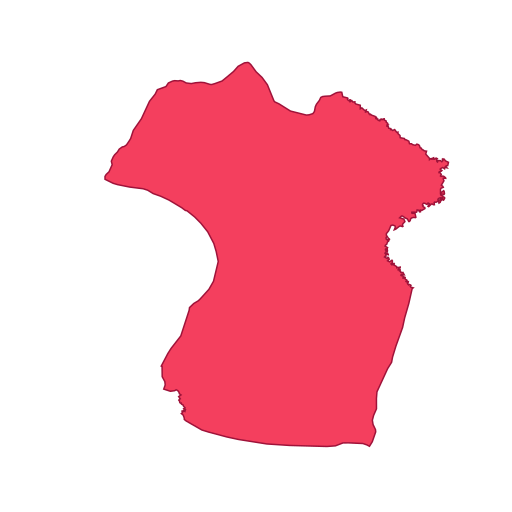 outline of Stueng Trang, Kâmpóng Cham, Cambodia, rotated 108°
{"feature_id": "14789045B55361225706218", "entity_name": "Stueng Trang", "entity_type": "district", "adm_level": 2, "iso_a3": "KHM", "parent_name": "Cambodia", "parent_adm1": "Kâmpóng Cham", "projection": "robinson", "projection_center": [105.52, 12.333], "detail": "fine", "context": "isolated", "style": "filled", "palette": "rose", "viewbox_px": 512, "rotation_deg": 108, "n_neighbors": 0, "source": "geoboundaries", "source_scale": "gbopen_adm2", "svg_char_len": 6021}
<svg xmlns="http://www.w3.org/2000/svg" viewBox="0 0 512 512"><g transform="rotate(108 256 256)"><path d="M128.3,401.2L133.2,401.9L141.8,405.1L160.9,407.4L174.5,411.5L183.0,411.5L185.9,412.2L190.4,413.5L192.6,415.2L193.6,416.9L196.6,419.1L199.9,419.9L203.4,421.7L205.8,422.4L210.5,422.9L213.6,421.0L221.3,421.8L224.8,423.7L227.0,424.2L229.7,423.3L231.0,414.4L230.9,409.8L229.5,397.6L226.9,384.1L226.9,379.3L228.4,373.1L228.6,365.1L229.7,356.0L233.0,341.6L234.5,337.3L234.3,335.6L237.8,326.4L241.9,318.5L247.9,309.4L257.1,300.0L264.1,295.2L272.9,290.2L293.2,288.6L302.3,290.5L314.3,295.9L316.5,297.1L320.4,300.5L325.6,303.3L328.2,302.8L355.2,302.8L370.1,308.2L376.0,309.7L390.0,312.1L390.1,311.2L399.8,307.9L403.6,303.9L406.7,302.5L411.1,302.6L411.1,295.6L409.2,291.7L407.9,290.6L408.2,288.8L409.4,287.1L410.7,286.3L411.3,284.4L413.6,286.1L415.2,283.9L416.1,284.7L417.0,284.8L417.1,284.3L419.0,283.1L419.3,282.2L419.0,281.5L419.9,281.1L420.3,279.1L421.0,278.8L422.3,276.6L423.4,277.5L423.8,275.6L425.4,275.6L424.8,276.3L424.9,277.1L425.5,277.5L426.0,276.6L426.5,278.4L427.7,277.5L428.9,278.3L429.8,276.1L432.2,274.2L433.6,273.7L434.5,271.4L438.2,253.8L438.1,246.5L437.1,227.8L435.9,216.0L431.4,187.6L425.8,165.6L415.2,129.6L412.0,121.8L406.9,115.5L405.1,110.2L401.3,96.4L401.4,92.0L401.9,89.3L396.7,88.0L386.3,87.8L384.2,88.7L380.1,92.6L376.2,94.6L371.2,94.9L364.1,94.2L354.4,97.4L347.8,99.0L322.4,96.0L315.2,94.2L309.8,94.9L298.3,95.1L278.7,94.5L269.0,95.5L254.0,96.0L238.8,97.4L237.7,96.7L237.8,99.2L237.3,99.8L236.1,99.5L235.8,99.9L235.7,101.7L236.3,101.9L235.9,102.9L235.2,103.5L234.4,103.1L233.3,103.2L234.1,105.0L233.8,105.5L232.6,104.8L232.2,105.2L232.0,106.6L231.4,107.4L230.4,107.4L230.1,108.0L231.4,108.6L231.5,109.4L230.1,109.5L229.4,110.5L229.8,111.6L229.7,112.1L229.0,112.2L228.5,111.3L228.1,109.2L226.2,111.2L226.9,112.3L226.7,113.4L226.0,113.6L225.9,114.9L225.4,115.1L225.1,114.5L224.5,114.7L224.6,115.7L225.2,116.0L225.2,116.6L223.3,116.2L222.7,115.2L222.0,115.4L223.7,118.5L222.6,118.9L221.9,122.4L220.8,122.0L220.4,122.4L220.8,123.3L222.4,124.0L221.8,125.2L221.3,125.1L220.9,124.2L218.5,124.7L218.0,125.4L220.3,127.2L219.9,129.4L217.9,128.3L216.8,129.3L216.4,130.1L217.8,130.5L217.2,133.5L216.4,133.2L215.9,132.3L214.8,132.8L214.3,132.6L214.0,132.3L213.9,130.6L213.4,130.8L212.9,132.3L213.0,132.9L213.8,133.7L213.5,134.2L211.3,133.6L211.3,132.5L210.1,133.1L210.4,134.6L209.6,135.0L209.0,134.7L209.5,133.0L208.3,133.6L207.4,133.4L206.7,136.3L205.6,136.2L204.5,135.3L202.0,135.3L201.1,134.6L200.4,135.6L199.9,135.6L199.5,134.2L198.8,134.2L198.5,134.8L198.8,135.5L200.0,136.7L199.6,137.5L198.0,138.0L197.4,137.6L197.4,136.6L195.9,138.5L194.4,138.9L191.0,137.6L185.3,137.1L184.3,135.5L184.4,133.2L185.4,132.4L188.3,132.6L187.3,131.4L183.4,128.8L182.8,127.8L182.8,125.8L182.4,125.4L181.2,126.3L180.0,126.3L177.3,125.0L175.2,126.8L175.3,131.2L173.2,130.1L172.8,129.5L172.8,128.7L173.7,125.9L173.9,123.6L176.0,121.3L175.8,120.8L174.7,120.3L172.8,120.4L171.8,119.8L170.6,118.1L170.2,116.1L169.8,115.9L166.2,118.0L167.2,120.7L166.9,121.2L166.1,121.3L164.8,117.0L164.3,116.7L162.4,117.0L162.1,114.7L163.2,114.6L163.5,113.7L163.0,113.2L162.0,113.9L161.5,113.7L161.3,112.3L158.7,110.0L157.7,110.5L157.6,112.0L157.0,112.7L156.5,112.6L156.0,113.5L154.4,113.3L153.9,112.8L153.7,111.6L154.1,109.7L153.9,109.2L152.4,108.7L152.7,107.2L155.6,107.8L155.7,107.0L152.5,105.3L152.1,104.6L152.4,103.2L152.1,102.2L150.0,103.1L149.4,102.6L149.3,101.4L147.7,99.9L148.1,98.9L149.1,98.3L148.0,97.4L147.1,97.5L144.9,96.6L144.5,97.0L144.7,97.8L146.6,99.2L146.3,100.4L145.0,100.3L143.7,98.8L143.1,96.7L144.9,95.6L145.0,95.0L144.5,94.7L142.5,94.4L141.9,95.3L141.9,96.5L141.1,96.9L141.2,98.3L140.8,99.2L139.8,99.4L139.3,96.2L138.5,96.0L136.3,97.1L135.9,97.7L139.1,100.0L135.4,101.2L134.3,100.9L132.8,99.1L132.0,99.9L131.4,101.6L126.4,100.5L124.8,101.8L124.1,101.9L123.5,99.6L123.0,99.9L122.2,102.0L122.3,103.2L123.1,104.6L122.9,105.3L121.1,105.0L119.7,107.1L120.1,107.7L119.7,107.9L119.0,107.5L118.1,106.0L117.3,105.6L116.6,107.6L116.0,107.6L114.1,105.7L114.8,103.6L113.3,103.8L113.1,101.7L112.2,103.2L111.4,103.0L110.8,101.6L107.4,101.9L107.0,105.1L105.7,107.1L106.1,107.7L105.8,108.3L106.3,108.7L106.9,108.3L106.8,107.8L107.3,107.7L108.9,108.4L108.3,109.9L108.8,111.8L109.0,112.4L110.5,112.4L110.3,113.1L108.3,114.1L107.4,113.7L107.2,115.0L108.7,116.0L109.0,116.7L107.6,117.4L107.9,117.9L108.6,117.8L109.6,118.4L109.6,118.9L109.1,119.2L109.5,120.0L110.7,120.8L109.5,121.2L106.6,126.1L103.6,126.2L104.0,128.6L103.5,129.5L103.5,130.8L102.3,132.2L102.4,133.3L100.7,134.5L99.9,135.7L99.9,137.6L101.5,138.6L101.7,141.4L101.2,142.8L101.8,144.7L99.6,146.1L99.1,149.0L99.3,150.4L98.4,151.1L98.9,155.4L96.9,156.3L95.8,158.7L94.3,159.3L94.9,160.0L94.6,160.8L92.9,163.2L94.4,164.8L93.9,166.2L94.2,167.0L93.2,167.2L93.5,169.2L92.1,170.1L92.1,171.6L91.2,171.8L91.3,171.2L90.5,170.7L90.4,171.5L89.9,171.3L89.1,171.8L88.5,173.5L87.4,173.9L87.0,176.0L85.9,176.4L86.1,176.9L86.7,176.8L86.6,177.6L87.2,177.9L87.0,179.3L87.8,179.3L88.0,180.2L89.2,180.1L89.2,181.3L88.8,182.4L88.2,182.4L88.3,184.5L87.8,184.6L87.4,183.9L86.7,184.8L87.0,185.3L86.4,185.9L86.3,189.6L85.8,190.8L86.3,191.2L85.8,191.7L85.9,192.4L84.4,193.7L84.3,194.4L84.3,195.0L85.1,196.2L83.1,196.3L84.1,197.4L82.4,201.1L83.7,202.3L80.4,203.4L80.6,208.0L79.8,209.3L78.8,209.6L79.6,211.4L78.6,212.9L79.6,213.7L78.9,213.7L78.3,214.4L78.5,215.1L79.7,215.2L79.0,217.3L77.7,217.3L77.4,217.7L77.7,222.7L73.8,225.0L74.0,226.4L75.3,229.1L76.5,230.7L80.8,234.8L82.8,239.9L83.8,242.0L85.2,243.4L88.4,243.8L93.0,245.4L95.7,245.7L100.5,245.1L103.0,245.9L105.3,249.1L106.4,251.6L107.5,268.0L104.2,281.1L103.6,285.8L102.9,286.9L89.6,298.1L84.4,305.3L80.8,312.8L75.6,320.0L74.6,322.1L74.4,323.5L75.9,326.7L81.1,331.6L87.5,334.4L98.3,341.2L100.1,342.4L104.6,348.2L106.6,351.1L107.0,352.8L107.1,358.8L107.9,362.2L109.9,367.0L112.0,370.8L113.0,375.8L112.3,379.6L112.5,382.3L113.5,384.0L114.4,387.6L115.5,389.5L118.5,392.8L122.7,394.0L128.3,401.2Z" fill="#f43f5e" stroke="#9f1239" stroke-width="1.5"/></g></svg>